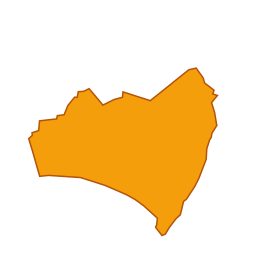 Brunswick, North Carolina, United States of America, rotated 25°
{"feature_id": "52423323B12833551098527", "entity_name": "Brunswick", "entity_type": "district", "adm_level": 2, "iso_a3": "USA", "parent_name": "United States of America", "parent_adm1": "North Carolina", "projection": "equal_earth", "projection_center": [-78.244, 34.108], "detail": "fine", "context": "isolated", "style": "filled", "palette": "amber", "viewbox_px": 256, "rotation_deg": 25, "n_neighbors": 0, "source": "geoboundaries", "source_scale": "gbopen_adm2", "svg_char_len": 898}
<svg xmlns="http://www.w3.org/2000/svg" viewBox="0 0 256 256"><g transform="rotate(25 128 128)"><path d="M158.5,49.5L149.8,67.1L149.2,68.4L142.9,81.2L136.7,93.6L136.7,93.8L108.2,97.4L110.0,102.5L103.5,107.9L95.5,117.9L92.6,116.4L76.1,108.8L72.5,113.4L67.6,116.1L69.0,121.8L66.6,122.6L64.0,133.0L64.5,143.0L58.7,146.7L59.5,149.9L44.8,158.9L48.1,168.1L43.0,172.9L44.4,175.1L42.5,179.6L49.4,187.3L50.7,188.7L59.1,198.4L68.4,209.1L76.1,204.5L105.8,193.0L131.5,189.7L154.9,189.1L164.6,189.8L174.5,191.7L192.7,197.3L195.0,203.8L194.8,205.8L195.6,206.7L204.2,211.1L206.7,208.4L207.5,200.6L209.9,189.7L212.1,184.5L209.4,171.1L211.0,168.0L213.2,153.0L213.5,143.5L212.1,123.3L208.2,113.6L207.0,104.3L207.4,101.3L206.3,97.4L207.4,88.1L206.2,86.5L200.0,77.4L193.0,69.7L195.3,60.7L190.5,61.3L190.0,57.4L178.4,54.8L175.0,50.9L164.5,44.9L158.5,49.5Z" fill="#f59e0b" stroke="#b45309" stroke-width="1.5"/></g></svg>